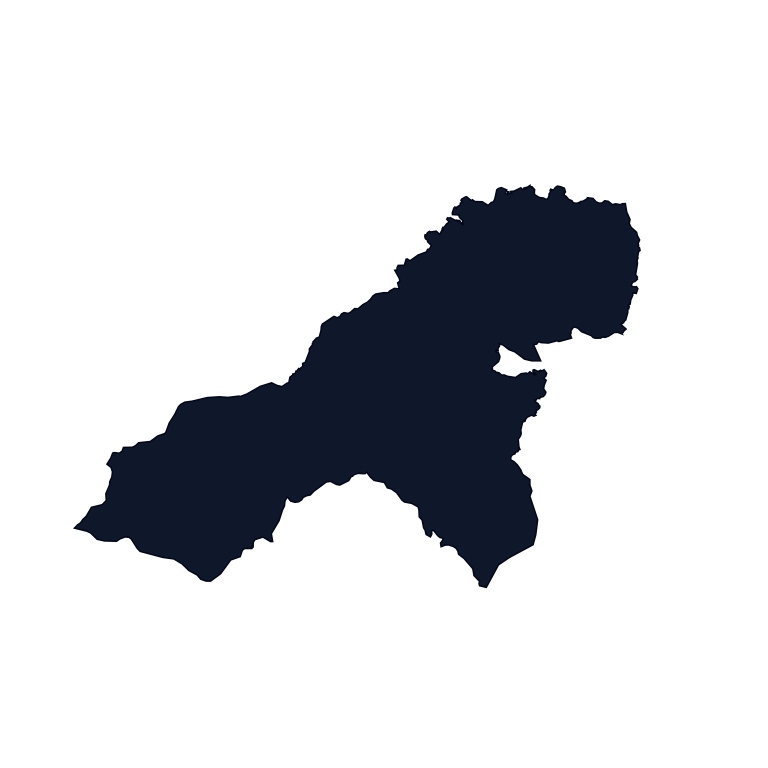 the district of Lapus, Maramures, Romania, rotated 208°
{"feature_id": "2599482B74882735092857", "entity_name": "Lapus", "entity_type": "district", "adm_level": 2, "iso_a3": "ROU", "parent_name": "Romania", "parent_adm1": "Maramures", "projection": "equal_earth", "projection_center": [24.024, 47.535], "detail": "fine", "context": "isolated", "style": "filled", "palette": "ink", "viewbox_px": 768, "rotation_deg": 208, "n_neighbors": 0, "source": "geoboundaries", "source_scale": "gbopen_adm2", "svg_char_len": 6171}
<svg xmlns="http://www.w3.org/2000/svg" viewBox="0 0 768 768"><g transform="rotate(208 384 384)"><path d="M399.8,587.6L402.3,583.6L402.2,582.1L400.2,581.3L401.5,579.6L400.8,577.8L402.9,574.2L402.5,573.1L404.5,573.6L404.9,572.2L404.1,567.3L403.1,565.7L396.9,568.5L396.9,567.7L395.3,566.4L391.4,565.3L390.4,564.0L390.7,563.2L389.2,562.1L389.9,561.4L394.0,563.9L395.0,563.4L395.3,562.0L396.6,563.0L398.0,562.0L403.7,562.0L404.1,561.1L405.9,560.7L406.0,558.9L402.4,557.7L403.9,554.8L404.7,549.8L405.5,550.0L405.5,548.1L404.5,547.5L405.0,547.4L405.1,542.3L409.6,543.5L414.3,540.1L415.6,540.1L416.7,537.8L416.6,535.5L417.8,535.1L417.2,533.3L415.6,531.7L412.9,531.5L412.8,530.6L411.6,529.8L407.3,528.6L407.2,524.6L408.7,523.4L408.6,520.5L414.4,514.0L418.5,505.8L419.6,505.0L422.1,505.4L423.1,504.6L421.8,498.4L427.2,495.4L427.1,492.7L426.0,490.9L427.9,489.5L420.0,484.4L418.3,482.2L419.5,479.7L415.2,475.2L419.8,473.3L422.8,468.5L423.0,466.7L427.0,464.6L433.6,459.5L435.1,456.6L435.7,452.4L437.1,448.4L439.9,444.2L442.2,438.3L445.4,436.8L447.3,431.5L448.8,429.5L452.8,428.3L454.4,426.0L454.6,423.1L456.3,420.6L460.0,420.2L466.6,407.9L466.4,405.5L464.7,401.5L463.2,395.1L465.2,392.8L466.5,387.8L465.8,386.9L466.2,386.2L465.6,384.9L466.4,380.1L465.1,377.5L463.7,366.1L465.5,364.0L464.0,361.3L465.5,358.2L465.0,357.3L466.6,357.6L467.2,354.3L467.9,353.8L467.4,353.1L467.6,351.3L469.2,350.0L468.7,349.3L470.3,345.9L468.6,340.4L469.9,339.4L472.9,333.8L478.0,332.5L483.8,332.3L492.2,323.8L500.5,310.6L504.9,305.6L506.3,305.3L515.5,298.9L523.4,295.4L533.6,289.1L545.4,278.7L551.3,274.5L554.0,270.4L554.8,267.5L554.5,259.0L555.3,248.6L554.0,239.3L554.3,237.4L559.4,231.9L563.4,223.5L573.1,216.9L574.5,212.8L576.5,210.0L584.3,205.7L583.7,201.7L585.3,198.6L590.1,196.8L591.1,195.7L590.5,190.3L591.0,183.1L585.8,182.2L582.5,178.9L580.6,173.9L580.3,169.2L578.9,165.8L578.1,156.6L574.6,150.8L576.1,145.2L584.4,137.8L584.8,127.4L586.3,123.2L586.8,118.9L588.5,115.6L589.7,111.4L577.0,114.6L572.9,114.7L564.4,112.2L557.1,114.2L546.3,119.6L544.4,123.3L540.8,127.4L537.2,128.9L534.4,128.5L524.7,123.0L520.8,121.7L498.0,127.0L487.4,130.9L477.6,130.3L468.7,127.7L459.2,127.6L454.2,125.6L448.7,126.4L444.6,128.5L439.2,139.7L436.7,156.7L429.9,164.1L431.0,170.6L429.9,173.3L423.5,176.7L423.0,178.6L425.1,182.8L424.8,186.1L419.0,192.0L410.1,191.6L408.3,192.6L413.2,199.0L412.5,214.1L414.5,225.2L414.6,229.5L416.5,234.2L416.4,239.0L411.5,236.8L407.1,237.7L404.0,240.0L402.3,243.1L402.1,245.9L400.1,248.8L396.9,251.5L395.7,256.1L388.9,270.4L385.5,272.9L378.7,273.0L375.6,274.0L369.8,282.1L369.5,286.9L368.4,287.9L368.0,289.7L365.0,292.9L358.7,295.8L358.0,298.0L352.3,295.4L347.5,294.2L337.5,297.2L332.3,293.9L328.1,294.8L321.7,293.9L313.6,289.9L310.5,289.4L303.5,291.6L296.2,291.5L294.1,289.3L290.5,283.2L286.4,281.7L281.5,275.6L279.2,274.3L276.2,270.9L271.2,270.8L271.3,274.0L272.9,276.4L271.9,278.2L265.4,275.3L262.4,274.7L259.5,275.6L258.9,273.9L259.4,270.0L257.2,267.1L254.3,270.5L251.4,272.2L246.6,273.1L243.4,272.8L240.4,271.3L238.3,268.7L231.3,267.5L218.9,262.6L214.6,257.1L207.0,254.6L206.4,252.4L204.9,250.7L198.2,252.4L198.0,278.0L191.9,289.6L176.9,312.1L179.2,322.1L184.6,336.3L202.5,353.4L203.2,359.0L207.6,363.1L210.4,368.2L219.1,369.3L223.4,372.7L228.3,375.2L232.8,376.5L236.4,376.5L237.3,378.2L237.8,379.5L237.2,382.1L235.6,383.7L235.8,385.5L234.1,387.2L234.2,389.0L233.2,390.0L235.4,391.9L239.5,398.2L239.1,402.3L239.6,404.7L241.6,407.6L243.7,415.4L242.0,417.4L242.4,419.4L241.9,422.0L239.0,425.8L236.6,425.9L235.2,427.7L236.7,428.0L236.1,430.2L237.0,430.4L236.7,431.9L237.3,432.7L236.2,433.2L235.3,436.1L235.9,437.5L237.0,436.6L236.7,437.7L239.0,439.1L242.4,439.2L241.8,439.5L242.1,440.1L243.1,440.7L242.2,441.2L242.1,443.0L239.6,444.2L239.9,445.4L237.5,447.6L236.8,450.4L237.2,452.8L240.8,454.7L242.0,458.3L242.5,463.4L245.7,464.2L244.8,466.9L245.4,469.8L249.4,471.8L250.8,469.5L252.2,469.7L253.4,468.1L253.1,467.4L258.1,467.2L259.0,466.2L258.1,464.6L254.3,463.9L255.1,462.7L261.0,463.3L261.8,460.6L263.5,460.5L267.8,457.5L270.9,451.5L278.5,448.8L282.3,448.4L284.2,447.1L287.9,447.9L290.7,447.0L292.3,447.6L294.8,447.2L296.4,450.0L293.4,457.5L293.9,460.9L294.7,462.9L297.8,465.5L300.0,464.9L300.9,466.3L298.8,467.0L300.0,468.6L299.9,472.1L301.2,473.7L297.2,474.3L289.9,473.0L283.6,473.8L271.7,471.9L264.4,473.8L256.5,478.0L270.4,488.9L267.9,490.9L267.4,494.0L264.9,494.2L258.1,497.3L251.5,503.4L249.7,503.5L248.6,504.4L239.9,512.6L242.6,515.0L242.7,516.6L243.9,518.9L243.5,522.5L242.6,523.8L239.0,524.3L234.2,522.9L223.7,524.0L221.2,523.2L219.2,523.5L214.1,526.3L213.4,527.9L210.6,529.0L208.3,531.5L204.9,537.5L201.9,539.3L197.2,539.9L198.1,540.4L197.1,541.6L197.0,543.6L196.0,546.2L202.9,547.8L201.2,550.7L201.3,552.5L200.6,554.0L202.3,561.6L204.1,564.9L203.2,565.2L203.8,567.5L205.3,567.8L204.1,570.0L205.6,574.1L206.0,579.3L207.3,581.1L203.8,582.4L204.6,587.4L206.8,588.5L208.9,587.1L212.1,586.7L212.2,590.6L210.5,592.4L209.4,595.6L210.5,596.4L210.4,597.4L213.1,598.6L216.7,609.3L218.8,612.4L218.8,614.4L219.9,615.8L221.3,620.4L220.6,622.1L222.3,624.2L224.3,624.8L224.3,626.1L225.6,627.5L225.9,631.2L230.0,634.0L232.2,636.6L239.2,638.3L242.8,640.8L244.0,644.8L250.3,649.7L255.6,656.6L258.3,655.0L259.5,653.3L264.0,651.9L266.6,649.6L271.8,650.6L275.2,649.4L276.5,646.2L278.7,644.8L282.2,644.4L286.6,646.0L291.8,644.0L291.4,643.5L292.7,641.1L294.5,638.4L295.9,637.7L296.2,635.6L296.8,636.2L298.1,634.5L300.7,633.1L303.1,633.3L304.1,634.1L307.6,633.7L311.5,635.3L313.3,635.1L314.3,636.9L313.9,638.7L316.7,641.6L320.7,641.1L323.8,640.2L325.0,638.0L325.4,634.8L328.3,634.3L328.2,632.7L327.2,632.0L327.5,629.1L326.8,628.2L326.3,624.5L327.7,623.1L330.5,623.1L334.5,621.6L339.5,621.9L340.7,622.8L342.3,626.4L346.0,627.7L347.7,626.9L348.3,627.9L349.7,625.3L352.6,622.6L352.2,622.2L349.5,624.5L350.0,622.2L351.3,622.7L352.4,620.7L355.3,621.5L359.7,615.4L362.7,613.4L360.7,612.3L363.4,611.2L364.2,612.2L365.1,611.9L364.0,609.4L365.9,609.2L366.5,609.9L366.7,613.0L372.6,612.5L374.9,610.2L375.6,608.4L373.0,599.2L373.0,596.0L374.5,594.8L375.9,590.6L382.7,591.1L389.4,587.8L392.4,588.2L392.6,587.3L394.5,587.2L398.7,588.1L399.8,587.6Z" fill="#0f172a" stroke="#020617" stroke-width="1.5"/></g></svg>